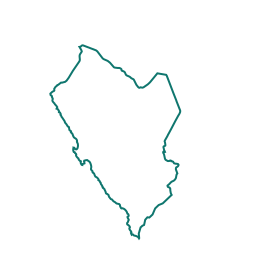 Antofagasta, Mercator projection, rotated 322°
{"feature_id": "CHL-2695", "entity_name": "Antofagasta", "entity_type": "Region", "adm_level": 1, "iso_a3": "CHL", "parent_name": "Chile", "parent_adm1": "", "projection": "mercator", "projection_center": [-69.6, -23.478], "detail": "fine", "context": "isolated", "style": "outline", "palette": "teal", "viewbox_px": 256, "rotation_deg": 322, "n_neighbors": 0, "source": "natural_earth", "source_scale": "10m", "svg_char_len": 5258}
<svg xmlns="http://www.w3.org/2000/svg" viewBox="0 0 256 256"><g transform="rotate(322 128 128)"><path d="M139.7,34.2L140.4,34.6L140.9,34.7L142.3,34.6L143.0,34.8L143.5,35.3L150.6,47.1L151.0,48.7L150.9,57.5L151.2,58.7L153.3,62.6L154.0,65.4L154.3,71.4L154.5,71.9L154.8,72.3L155.6,73.1L157.2,74.7L157.9,75.1L158.5,75.9L158.9,76.8L159.0,77.6L158.9,77.9L158.5,78.5L158.4,78.8L158.5,79.2L159.4,80.6L159.7,81.5L159.8,82.2L159.2,84.5L159.2,85.2L159.4,85.9L160.7,88.3L161.0,89.1L161.3,90.9L162.3,93.0L162.3,93.7L161.2,99.1L161.2,102.0L161.4,102.9L161.8,103.4L163.0,103.7L163.9,104.8L164.2,105.1L165.3,105.5L170.5,105.8L172.9,105.6L174.1,105.4L184.8,103.0L190.8,109.6L190.7,110.7L190.1,112.7L187.7,120.5L185.3,128.3L183.0,136.1L182.8,136.5L181.7,140.2L180.6,143.9L179.9,146.3L179.1,147.4L177.4,148.4L176.1,148.9L175.8,149.0L175.1,149.3L174.4,149.5L174.1,149.7L169.9,151.5L165.7,153.4L161.5,155.3L157.2,157.2L155.5,157.9L153.9,158.7L152.2,159.4L150.5,160.1L149.3,160.6L148.7,161.0L148.6,161.3L148.2,162.3L147.0,164.4L146.6,164.8L145.9,164.8L145.4,164.6L144.8,164.5L144.2,164.8L142.8,167.8L142.6,168.9L142.4,169.6L142.0,169.4L141.3,168.5L140.9,168.6L140.6,169.0L140.4,169.5L140.4,170.1L140.0,171.3L138.3,174.8L138.1,175.6L138.1,176.3L138.9,178.3L139.0,178.5L139.3,178.8L140.1,179.3L140.4,179.5L141.1,179.5L141.4,179.7L141.6,180.0L141.9,180.5L141.7,180.9L141.8,181.0L142.3,181.5L142.6,182.0L142.8,182.4L142.7,182.8L142.6,184.2L143.4,185.3L144.5,186.3L145.2,187.2L145.2,188.0L144.8,188.5L144.1,188.8L143.4,188.9L142.7,188.9L142.1,188.8L141.6,188.8L141.0,189.2L140.8,189.4L140.2,190.2L138.9,194.2L138.1,194.4L137.6,194.6L136.9,195.2L135.1,196.8L134.3,197.2L133.4,197.5L132.2,197.7L131.1,197.6L129.4,197.2L128.6,197.2L127.8,197.3L126.2,197.6L123.8,197.7L123.7,197.7L123.5,198.0L123.3,198.4L123.2,198.9L123.3,199.3L123.5,199.6L123.8,200.0L124.0,200.5L124.1,200.9L124.0,201.3L123.9,201.7L123.9,201.9L123.0,203.1L121.7,205.5L121.5,206.1L121.3,206.8L121.2,207.6L109.0,208.8L104.7,207.6L99.9,208.1L97.9,209.2L94.1,211.3L89.7,211.7L88.3,210.3L85.1,210.9L81.0,214.3L79.2,213.9L76.7,214.1L71.5,217.8L69.0,221.7L68.7,221.8L68.8,221.1L68.7,219.8L68.2,218.7L67.7,217.8L66.6,216.5L66.4,215.8L66.3,214.8L66.2,214.6L65.5,214.4L65.2,214.4L65.4,213.4L65.7,212.5L66.5,212.3L66.8,211.1L66.7,210.0L66.8,209.2L67.0,208.3L67.4,207.8L68.2,207.6L68.7,206.7L68.6,205.1L68.5,204.7L68.2,204.0L68.1,203.6L68.2,203.1L68.3,202.9L69.1,202.2L69.4,202.2L69.8,202.1L70.4,201.8L71.5,201.0L72.0,200.9L72.2,200.4L72.5,198.4L72.8,197.8L74.0,197.8L74.4,197.6L74.7,197.3L74.8,196.9L75.0,196.6L75.1,196.2L75.1,195.8L74.8,195.2L74.9,194.8L75.3,193.7L75.5,192.2L75.4,190.6L75.0,189.1L74.2,187.8L73.6,187.5L73.3,187.3L73.2,186.9L73.3,186.5L73.4,186.0L73.4,185.7L73.6,184.9L74.0,184.1L74.3,183.4L74.2,182.5L72.5,180.4L72.3,179.5L72.2,178.7L71.6,177.2L71.4,176.4L71.4,174.7L71.3,174.3L70.8,173.6L70.7,173.4L70.7,170.5L71.4,168.7L71.3,168.3L71.2,168.0L71.0,167.1L70.8,166.8L70.6,166.6L70.5,166.2L70.5,165.7L70.7,165.2L70.9,164.9L71.2,164.1L71.4,162.9L71.8,161.7L71.6,160.6L71.6,160.4L71.4,160.0L71.4,159.8L71.6,159.7L71.8,159.5L71.8,159.3L71.7,158.9L71.6,158.4L71.9,158.1L72.1,157.6L72.1,157.1L72.2,156.6L72.1,156.0L72.2,155.4L72.8,154.2L72.6,153.8L72.7,153.3L73.0,152.5L72.8,151.7L72.6,150.9L72.9,150.8L73.1,150.6L73.2,149.9L73.2,148.8L73.0,147.7L72.4,146.2L72.6,145.0L73.2,143.1L73.1,142.1L72.8,141.6L72.8,141.1L73.4,140.3L73.3,138.4L73.4,137.8L73.8,137.3L74.9,136.3L75.3,135.8L75.9,134.7L76.4,133.4L76.8,132.1L76.9,130.7L76.5,129.8L76.2,128.3L75.3,127.6L74.4,127.2L73.4,126.8L72.8,127.2L72.6,128.0L72.2,128.5L71.9,129.1L71.2,128.9L70.5,128.6L69.7,128.3L69.2,129.0L68.8,128.5L69.0,127.0L69.3,126.2L69.8,125.8L70.2,125.5L70.4,125.1L70.0,124.4L69.9,124.4L69.8,123.5L69.7,122.6L70.2,121.5L70.0,120.6L69.9,119.9L69.9,119.2L69.9,118.5L70.3,117.4L71.0,116.9L71.1,116.0L70.8,115.2L71.1,114.3L70.5,113.5L70.8,112.5L71.2,111.7L72.0,110.7L72.9,110.1L73.0,109.9L73.3,110.2L73.5,110.5L73.5,110.9L73.4,111.3L73.2,111.6L73.5,112.2L73.8,112.7L74.3,113.1L74.9,113.1L75.8,112.8L76.7,112.1L77.5,111.4L78.1,110.6L78.7,109.6L79.0,108.5L79.0,108.2L79.2,107.6L79.3,107.6L79.7,107.1L80.1,106.5L80.3,105.9L80.4,105.3L80.4,104.7L80.2,103.9L79.8,102.9L79.6,101.9L79.9,100.8L79.9,100.3L80.3,99.4L80.6,98.4L80.4,97.3L80.6,97.0L80.6,96.7L80.4,96.4L80.4,96.1L80.6,95.8L80.8,95.7L81.0,95.6L81.1,95.2L81.0,94.8L80.7,94.1L80.6,93.7L80.7,93.3L81.9,91.1L82.0,90.8L81.9,90.5L81.5,89.7L81.8,87.1L81.7,85.0L81.9,84.4L82.2,83.9L82.6,78.9L82.5,78.4L83.0,76.7L82.9,76.0L83.4,75.8L83.7,75.2L83.8,74.5L83.9,73.9L83.4,73.2L83.6,73.1L83.7,72.8L84.1,72.0L84.0,71.7L84.0,71.4L84.2,71.1L84.3,70.6L84.3,70.0L84.1,69.6L83.6,68.8L85.1,68.0L85.2,66.2L85.0,64.3L85.2,63.3L85.1,62.9L85.0,60.8L85.1,60.4L85.4,59.7L86.0,59.2L86.6,58.8L86.9,58.2L86.9,57.5L87.1,57.0L87.2,56.5L87.6,56.2L87.7,55.7L87.6,55.3L87.5,54.9L87.3,54.5L87.3,54.3L87.7,53.6L88.0,53.1L90.5,52.9L91.5,53.0L92.2,53.2L92.6,53.2L93.0,53.1L94.0,51.7L96.4,50.9L97.5,51.0L97.8,50.9L98.1,50.9L98.5,50.7L98.8,50.7L99.1,50.8L99.5,51.0L103.2,51.0L103.5,51.2L103.8,51.6L106.8,52.9L108.7,52.9L112.2,51.9L119.8,49.0L130.8,45.5L131.5,45.1L132.2,44.4L133.9,41.8L134.3,41.3L135.0,40.7L135.5,40.4L138.4,39.4L138.6,39.3L138.8,39.1L139.2,37.7L139.7,34.2L139.7,34.2Z" fill="none" stroke="#0f766e" stroke-width="2"/></g></svg>